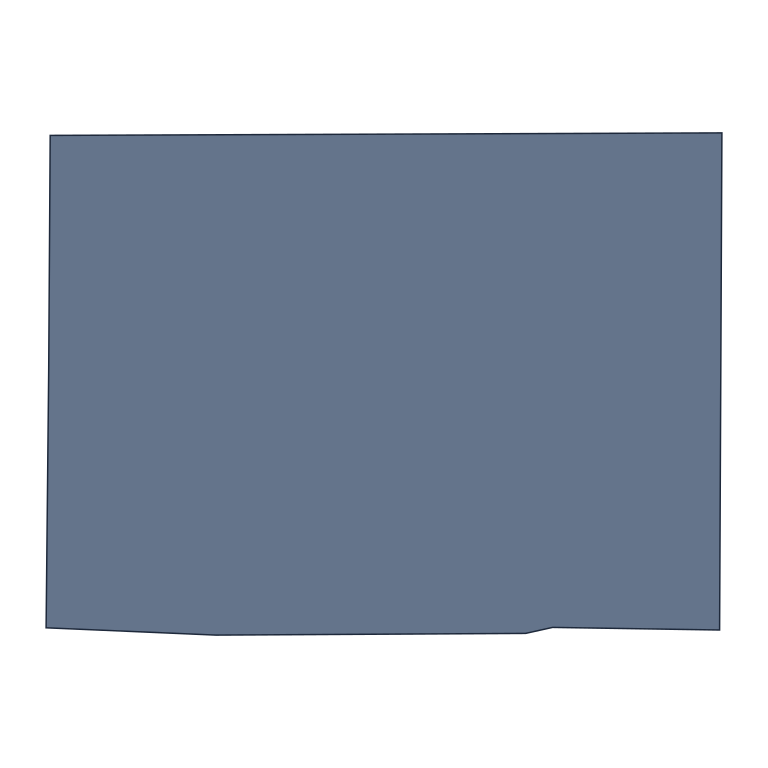 Williamson, Illinois, United States of America
{"feature_id": "52423323B83149544823658", "entity_name": "Williamson", "entity_type": "district", "adm_level": 2, "iso_a3": "USA", "parent_name": "United States of America", "parent_adm1": "Illinois", "projection": "natural_earth1", "projection_center": [-88.92, 37.73], "detail": "fine", "context": "isolated", "style": "filled", "palette": "slate", "viewbox_px": 768, "rotation_deg": 0, "n_neighbors": 0, "source": "geoboundaries", "source_scale": "gbopen_adm2", "svg_char_len": 237}
<svg xmlns="http://www.w3.org/2000/svg" viewBox="0 0 768 768"><path d="M721.9,132.9L50.2,135.4L48.7,370.0L46.1,627.8L215.9,635.1L525.6,633.4L552.6,627.4L719.6,630.0L721.9,132.9Z" fill="#64748b" stroke="#1e293b" stroke-width="1.5"/></svg>